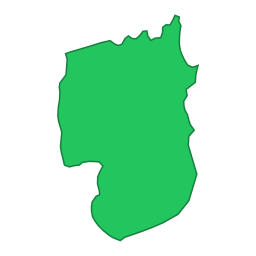 outline of Governador Celso Ramos, Santa Catarina, Brazil
{"feature_id": "56859067B15434702823341", "entity_name": "Governador Celso Ramos", "entity_type": "district", "adm_level": 2, "iso_a3": "BRA", "parent_name": "Brazil", "parent_adm1": "Santa Catarina", "projection": "albers", "projection_center": [-48.579, -27.376], "detail": "fine", "context": "isolated", "style": "filled", "palette": "green", "viewbox_px": 256, "rotation_deg": 0, "n_neighbors": 0, "source": "geoboundaries", "source_scale": "gbopen_adm2", "svg_char_len": 1278}
<svg xmlns="http://www.w3.org/2000/svg" viewBox="0 0 256 256"><path d="M120.3,240.6L124.5,237.4L134.2,234.0L142.3,231.2L153.8,226.7L162.9,222.8L178.1,214.2L188.8,200.8L196.8,174.2L188.3,145.3L188.8,136.3L194.2,130.2L190.4,124.8L188.9,120.6L187.4,114.6L184.9,110.0L183.9,105.8L183.7,101.2L187.1,95.7L186.1,89.4L189.8,86.6L195.3,82.3L195.8,75.2L196.9,69.6L198.1,65.4L192.7,67.3L187.8,65.2L185.1,61.2L181.9,54.7L180.3,50.3L179.3,43.9L179.5,35.8L180.1,30.2L180.9,25.6L178.7,21.4L179.3,17.0L175.0,15.4L172.7,20.4L170.0,25.0L166.0,24.8L162.8,27.2L162.5,32.7L160.7,37.7L155.3,38.1L150.8,40.4L147.8,35.9L146.9,30.9L142.8,31.4L140.3,34.9L136.3,38.7L132.2,38.6L128.4,35.9L125.0,38.6L121.9,44.2L118.4,45.5L114.4,43.9L110.2,40.6L101.1,42.7L88.6,46.6L70.5,51.9L65.6,53.7L67.2,59.3L66.8,64.7L66.0,74.8L62.5,79.5L59.9,83.0L59.3,87.1L59.9,92.3L59.5,100.1L58.5,106.2L58.1,110.5L57.9,116.2L58.7,121.6L59.9,125.5L61.8,132.5L60.9,141.8L60.5,146.9L61.3,151.9L64.5,165.1L69.4,166.9L74.4,165.6L79.3,165.1L82.4,162.4L89.0,161.4L93.9,161.5L99.2,161.9L102.9,166.0L99.9,171.7L97.7,176.9L97.5,183.9L99.2,190.3L99.7,194.8L96.2,196.2L92.2,201.9L91.5,206.4L91.5,210.8L92.6,216.7L95.1,221.2L98.5,225.8L102.8,230.1L108.6,234.9L112.8,237.6L120.3,240.6Z" fill="#22c55e" stroke="#15803d" stroke-width="1.5"/></svg>